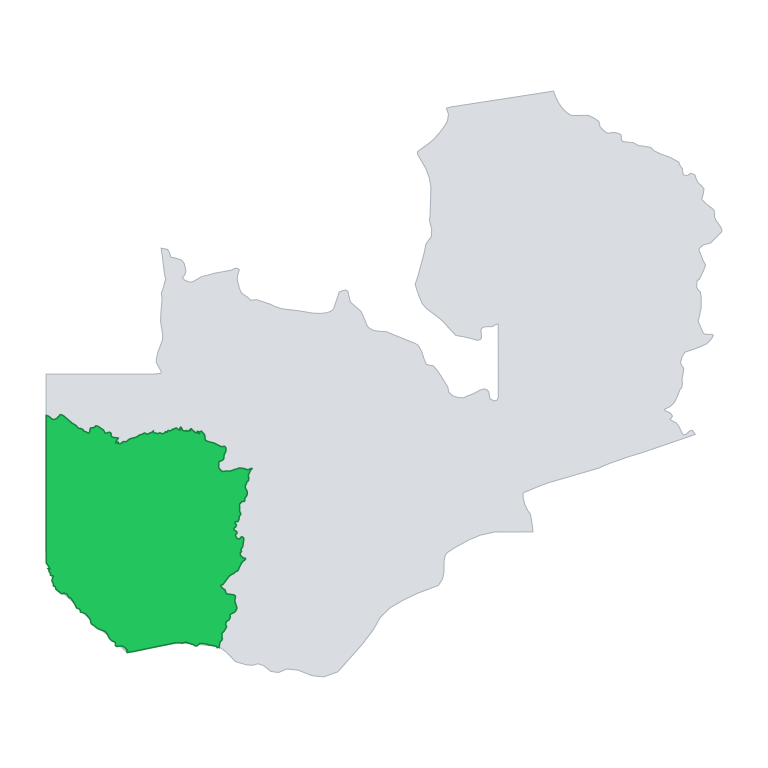 Zambia, with Western highlighted
{"feature_id": "ZMB-523", "entity_name": "Western", "entity_type": "Province", "adm_level": 1, "iso_a3": "ZMB", "parent_name": "Zambia", "parent_adm1": "", "projection": "mercator", "projection_center": [24.246, -15.661], "detail": "fine", "context": "in_parent", "style": "filled", "palette": "green", "viewbox_px": 768, "rotation_deg": 0, "n_neighbors": 0, "source": "natural_earth", "source_scale": "10m", "svg_char_len": 9660}
<svg xmlns="http://www.w3.org/2000/svg" viewBox="0 0 768 768"><path d="M533.0,531.9L494.5,532.0L480.4,535.1L468.9,539.9L455.2,547.4L447.2,552.6L445.1,555.5L444.0,561.9L444.0,571.8L442.6,578.9L438.4,585.4L417.5,593.3L403.9,599.8L390.5,607.4L380.3,617.3L373.4,629.6L361.9,644.7L337.8,671.8L323.8,676.9L312.1,675.7L298.0,670.1L286.8,669.0L278.5,672.5L270.8,671.4L263.8,665.7L257.9,663.7L253.1,665.2L247.0,664.9L235.8,661.8L226.2,652.1L221.0,648.1L216.9,646.6L205.4,645.1L178.9,642.8L151.4,647.6L127.2,652.5L102.6,631.0L78.9,608.3L73.9,602.5L64.9,594.9L58.5,591.2L56.0,589.4L49.6,569.2L46.1,550.7L46.1,374.1L153.9,374.1L160.9,373.4L161.2,371.5L156.2,362.2L156.4,358.8L157.8,352.5L162.5,339.8L162.8,335.6L160.6,321.8L160.8,314.1L162.1,298.6L161.3,293.3L163.8,286.3L164.7,281.7L165.7,279.7L164.5,274.4L162.3,256.0L161.1,248.2L167.5,249.4L169.7,253.2L170.9,257.3L173.8,257.6L181.5,260.0L184.2,263.4L185.9,270.8L184.9,274.6L182.4,277.7L184.9,280.4L190.0,282.2L193.0,281.6L201.7,276.6L209.6,274.7L213.7,273.4L231.5,270.1L235.1,268.3L237.6,268.3L239.3,269.8L237.7,275.0L237.2,279.7L239.4,288.4L241.1,292.5L244.8,295.5L247.5,297.1L250.5,300.2L256.7,299.7L270.3,304.2L274.5,306.3L280.2,308.3L284.3,309.1L298.3,310.7L313.2,313.2L320.9,313.4L326.4,312.8L330.2,311.5L332.6,310.1L333.6,308.8L339.2,292.1L342.1,290.8L345.8,290.0L347.9,291.5L350.3,302.0L361.1,311.5L364.7,319.5L367.4,326.4L369.7,328.3L373.8,330.6L380.3,331.4L386.2,331.7L415.1,343.4L418.3,345.5L421.8,351.7L424.0,358.8L426.3,364.4L430.0,365.4L433.3,365.8L436.6,369.7L439.1,373.0L447.7,386.8L448.9,392.3L453.1,396.0L458.7,397.6L463.9,397.7L466.9,396.1L474.3,393.3L480.1,390.0L484.3,388.9L486.8,389.6L488.7,391.8L490.0,398.7L494.1,401.0L497.1,400.1L498.3,397.4L498.3,396.0L498.2,324.0L495.6,324.5L492.3,326.6L484.6,326.8L481.7,328.3L480.7,330.6L481.3,333.6L481.5,337.7L480.3,339.6L477.0,340.3L472.1,338.8L463.3,336.7L456.0,335.5L450.7,330.1L443.6,322.0L438.9,317.9L427.6,309.4L425.7,307.7L422.3,303.7L419.4,297.0L416.6,289.2L415.1,284.3L417.8,276.7L424.4,251.9L425.9,244.1L431.4,236.3L431.7,229.3L429.5,220.3L430.1,215.3L430.9,187.0L429.4,178.1L425.7,168.2L417.6,154.4L417.6,151.5L430.1,142.5L433.8,139.2L440.3,131.9L444.7,125.8L447.5,120.8L448.5,114.3L446.4,108.2L450.6,107.0L553.6,91.1L555.0,95.3L558.2,102.3L561.7,107.5L566.1,112.0L569.9,114.7L572.4,115.6L588.2,115.3L593.9,118.0L598.9,121.5L600.1,126.9L603.4,130.3L606.9,133.0L608.4,133.3L611.0,132.6L615.3,132.6L619.2,133.7L621.1,134.9L621.3,139.4L622.5,141.5L627.8,142.2L633.3,142.6L638.6,145.7L644.3,146.2L650.9,147.5L654.0,150.8L661.0,154.1L669.6,157.2L679.0,162.2L679.2,163.7L680.8,166.7L682.5,168.8L682.6,171.9L683.4,174.8L685.8,175.5L687.8,175.7L689.7,173.6L692.2,173.7L695.0,175.0L696.0,178.3L698.1,182.8L701.6,185.9L704.0,188.9L703.2,194.2L701.7,199.2L706.4,204.1L712.6,208.7L714.2,210.7L714.8,217.6L715.7,220.0L719.9,225.7L721.9,229.5L721.8,231.7L710.5,243.0L703.6,244.8L700.6,247.1L698.8,249.5L703.2,260.8L705.6,265.1L703.6,270.5L699.2,279.6L697.1,280.4L696.7,287.3L698.1,289.9L700.3,291.8L701.2,296.5L701.1,308.2L698.2,321.5L703.3,333.1L705.1,334.3L712.1,334.4L713.3,335.4L711.6,338.7L706.7,343.8L697.7,347.8L684.9,352.2L682.2,356.4L680.5,362.5L681.9,366.1L683.7,368.1L683.1,373.5L682.0,379.1L682.4,383.5L681.8,387.4L680.1,389.4L677.8,395.3L675.1,401.2L672.9,404.0L669.7,406.8L664.6,409.2L664.7,410.4L670.4,413.1L671.9,415.0L672.5,416.3L670.1,419.3L672.7,421.2L676.0,422.7L679.0,426.7L682.6,434.1L683.2,434.9L684.2,435.0L686.1,434.2L689.6,431.1L692.2,430.1L695.3,434.4L641.6,452.8L629.0,456.6L610.1,463.2L604.0,465.6L599.1,468.0L549.1,482.5L541.2,485.3L523.5,492.7L522.9,494.0L523.1,497.3L524.7,504.3L527.8,510.6L530.4,514.3L532.1,523.7L533.0,531.9Z" fill="#d9dde1" stroke="#a8b0b8" stroke-width="1"/><path d="M48.0,568.6L49.9,568.6L47.9,565.3L46.4,563.3L46.2,562.0L46.2,415.4L47.2,415.6L48.9,416.4L49.6,416.9L51.1,418.3L52.3,419.2L53.2,419.4L54.2,419.4L55.2,419.2L57.1,418.2L57.7,417.2L58.9,416.4L59.7,415.1L60.1,414.7L60.8,414.6L61.8,414.9L63.8,416.0L72.2,423.2L76.2,425.6L76.5,425.9L77.2,427.2L78.6,428.2L79.4,428.4L81.1,428.5L81.6,429.0L82.6,429.3L83.2,429.8L83.9,431.2L86.0,431.8L87.6,432.8L88.4,433.0L89.1,432.9L89.5,432.2L90.3,428.4L90.6,427.9L93.9,427.6L95.8,425.8L96.6,425.8L98.1,426.4L103.1,429.7L104.2,431.1L104.8,432.6L105.2,433.1L105.8,433.2L106.8,433.0L108.6,432.3L109.4,432.2L109.9,432.4L110.6,432.8L110.9,433.1L111.1,433.5L111.1,435.1L111.3,435.7L111.9,436.7L112.4,437.1L113.2,437.4L117.7,437.9L118.3,438.1L118.0,438.7L117.3,439.6L116.0,441.6L115.7,442.8L118.1,442.0L118.4,442.7L118.1,443.6L120.5,443.6L121.4,443.1L122.8,441.8L123.8,441.5L125.7,441.8L126.4,441.5L127.0,441.1L128.8,439.5L130.4,438.7L136.4,437.1L137.3,436.5L139.4,435.0L141.8,434.4L143.8,433.3L144.7,433.0L145.6,433.4L146.6,434.0L147.6,434.3L149.5,433.1L151.4,432.6L152.8,431.3L153.4,431.0L153.3,432.1L153.8,432.8L154.7,433.0L155.8,433.0L157.0,433.4L157.8,433.6L159.2,433.2L159.6,432.8L160.0,432.8L161.9,433.6L162.6,433.7L163.1,433.6L163.7,433.4L164.4,432.9L165.5,431.7L165.8,431.6L166.0,431.6L166.7,432.3L167.1,432.2L167.7,430.8L168.1,430.4L168.7,430.4L169.5,430.9L170.3,430.9L171.4,430.4L172.1,429.4L172.4,429.3L173.6,429.3L173.9,429.2L174.2,428.7L175.1,428.4L175.9,428.0L176.5,428.0L177.4,428.8L178.9,429.8L179.6,430.0L180.4,429.9L180.5,429.7L180.5,429.4L179.8,428.6L179.8,428.4L180.3,427.7L180.4,427.2L180.7,427.1L181.0,427.3L181.9,428.3L182.1,429.8L182.4,430.1L182.9,430.4L185.1,431.1L185.6,431.0L186.2,430.4L186.4,430.4L186.9,431.2L187.1,431.4L187.5,431.4L188.1,430.8L188.4,430.7L189.6,430.9L190.2,430.7L190.4,430.6L189.8,429.7L190.5,429.4L191.0,428.7L191.3,428.7L193.1,430.7L194.3,431.4L195.0,432.6L195.7,432.5L197.0,432.9L197.3,432.5L197.1,431.7L197.2,431.4L197.4,431.3L198.6,431.5L198.7,431.9L198.6,433.3L198.6,433.5L198.8,433.6L199.3,433.5L199.5,432.3L199.8,431.8L201.3,431.1L201.7,431.5L204.3,434.3L205.0,436.3L205.0,438.8L205.8,440.5L206.1,440.7L209.6,442.0L210.7,442.2L213.8,442.9L220.3,446.2L221.3,446.6L221.9,446.7L224.1,446.2L224.5,446.4L225.0,446.7L225.6,447.4L226.0,448.4L225.9,450.9L225.5,452.3L224.5,453.8L224.3,454.5L224.0,455.8L223.8,458.7L223.1,459.7L222.6,460.1L220.9,461.0L219.3,461.6L218.8,462.3L218.7,463.0L218.9,464.7L218.6,466.6L218.7,467.3L219.1,468.1L219.7,469.0L221.0,470.4L221.4,470.8L222.3,471.3L223.2,471.5L224.1,471.4L225.7,471.0L229.6,471.1L231.8,470.6L234.7,469.4L237.2,468.9L239.1,468.0L239.9,468.0L243.6,468.4L245.3,468.9L246.1,469.4L247.0,469.6L248.8,469.5L250.4,468.7L251.1,468.4L252.6,468.5L251.7,468.9L251.1,469.6L250.1,471.1L249.2,473.3L248.5,474.4L248.4,475.4L248.4,476.3L248.8,477.5L248.6,480.4L248.5,480.7L247.3,481.3L246.9,481.8L246.4,483.7L245.4,485.3L245.3,487.1L245.5,488.2L247.3,491.6L247.2,494.5L246.7,495.7L245.9,497.0L244.8,498.2L244.7,498.7L244.9,500.5L244.6,501.2L244.2,501.5L242.7,501.4L242.1,501.6L239.6,504.0L239.5,504.9L239.7,507.1L239.6,511.2L240.0,512.1L240.7,513.4L240.8,514.0L240.4,515.0L239.3,516.2L239.1,517.1L239.2,518.5L238.8,519.8L238.0,521.4L237.6,521.7L236.8,521.5L236.5,521.5L235.4,522.0L235.0,522.4L234.9,522.7L235.1,523.3L236.4,524.8L236.4,525.6L235.9,526.7L234.0,528.3L233.8,528.9L233.9,529.5L234.3,530.1L236.4,531.3L236.9,532.0L237.1,532.6L236.9,533.4L236.4,534.0L235.6,534.5L235.4,535.2L235.8,536.6L237.0,538.2L237.4,538.6L238.0,538.9L238.7,539.0L239.4,538.9L239.9,538.6L241.2,537.0L241.7,536.7L242.3,536.9L243.1,537.4L243.8,538.4L243.8,539.5L242.9,545.9L242.3,547.5L241.1,549.0L241.0,550.3L241.2,550.7L241.6,551.3L241.6,551.5L241.3,551.9L240.3,552.8L240.2,553.9L240.4,555.0L241.1,556.0L243.1,557.8L245.2,558.2L245.5,558.4L245.6,559.0L244.4,560.4L243.1,561.1L242.7,561.5L242.2,562.4L241.4,563.2L240.5,565.3L239.8,566.4L238.4,569.8L237.6,571.0L235.4,571.8L233.9,573.4L233.2,573.9L231.9,574.2L230.6,575.3L229.5,575.9L229.1,576.3L223.2,584.2L222.3,584.9L220.9,585.2L220.7,585.7L220.8,586.4L221.2,586.8L222.7,588.3L224.8,589.7L225.2,590.1L225.7,591.9L226.4,593.5L226.7,593.8L227.1,593.9L233.1,594.7L234.2,595.0L235.4,595.9L235.4,597.2L234.9,600.0L234.8,601.0L237.0,608.0L236.5,609.4L235.6,611.1L234.6,612.2L231.6,613.7L231.0,613.9L230.1,614.5L229.9,615.4L230.3,616.8L230.3,617.2L229.8,618.5L228.8,620.1L228.4,620.4L226.8,621.2L226.4,621.6L226.1,622.1L225.7,624.3L225.9,625.4L226.6,626.4L226.5,627.1L225.4,629.1L224.9,629.8L223.9,631.5L222.3,632.9L222.0,633.9L222.0,637.3L222.4,638.7L222.3,639.1L221.8,640.2L220.0,642.2L219.7,643.5L219.1,647.6L218.4,647.1L217.2,647.7L216.5,646.6L215.0,645.9L211.0,645.1L209.1,645.1L208.5,645.0L207.5,644.3L202.6,643.5L200.0,643.5L199.4,643.7L198.7,644.5L198.1,644.9L197.2,645.7L196.6,646.0L196.0,646.0L194.6,645.6L193.3,644.5L191.8,644.2L190.7,643.7L189.0,643.3L186.5,642.4L185.5,642.2L184.5,642.4L181.6,643.3L180.9,642.9L177.9,642.8L176.8,642.7L175.8,642.7L132.7,651.7L131.6,651.7L127.2,652.6L126.9,651.8L126.9,651.0L127.3,650.1L125.9,649.0L124.9,647.7L123.7,646.8L122.0,646.1L120.1,646.0L117.1,646.5L116.1,646.2L115.4,645.4L115.4,644.6L115.5,643.6L115.3,642.7L114.7,642.0L112.2,641.0L110.8,639.9L109.4,638.2L108.3,636.4L107.8,634.8L107.5,634.1L105.1,631.5L104.2,631.0L101.5,630.2L98.0,628.7L96.4,627.7L94.1,625.6L92.3,624.6L91.6,624.0L91.0,623.1L90.4,620.2L89.6,618.6L88.4,617.1L85.8,614.2L85.0,613.6L81.5,612.2L80.8,612.2L80.5,611.9L80.2,611.4L80.2,610.4L80.1,609.9L79.4,609.1L77.5,608.5L76.7,608.0L76.2,607.3L75.6,605.6L71.4,598.9L71.0,598.3L70.4,598.0L69.2,597.7L67.6,595.3L67.2,594.5L66.6,594.0L65.1,593.7L64.1,592.9L63.7,593.2L62.3,593.7L61.8,593.8L61.1,593.5L56.1,589.4L55.7,588.6L55.3,586.7L54.7,586.3L53.6,586.1L53.3,585.7L53.5,584.2L53.2,583.4L52.2,581.7L51.9,580.9L52.0,579.9L52.3,578.8L52.8,577.7L53.3,577.0L53.4,576.2L52.5,575.8L50.5,575.3L50.3,573.0L49.2,571.8L48.6,569.4L48.0,568.6Z" fill="#22c55e" stroke="#15803d" stroke-width="1.5"/></svg>